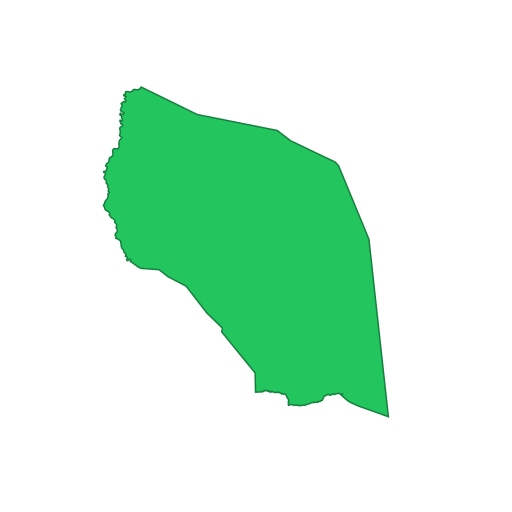 outline of Tepelmeme Villa de Morelos, Oaxaca, Mexico, rotated 297°
{"feature_id": "50627088B19513954267626", "entity_name": "Tepelmeme Villa de Morelos", "entity_type": "district", "adm_level": 2, "iso_a3": "MEX", "parent_name": "Mexico", "parent_adm1": "Oaxaca", "projection": "orthographic", "projection_center": [-97.312, 18.0], "detail": "fine", "context": "isolated", "style": "filled", "palette": "green", "viewbox_px": 512, "rotation_deg": 297, "n_neighbors": 0, "source": "geoboundaries", "source_scale": "gbopen_adm2", "svg_char_len": 5774}
<svg xmlns="http://www.w3.org/2000/svg" viewBox="0 0 512 512"><g transform="rotate(297 256 256)"><path d="M322.2,349.0L373.9,288.6L375.7,283.8L375.4,275.5L374.4,234.7L377.5,217.6L377.3,217.3L355.4,139.5L354.4,77.0L352.7,76.7L351.3,76.2L350.2,74.5L349.4,73.6L349.6,72.9L349.3,72.1L348.5,71.2L347.4,71.0L346.8,71.0L345.8,70.1L345.5,69.9L344.8,69.2L344.6,68.8L344.3,67.1L343.8,66.1L343.3,65.4L343.0,65.3L342.7,65.3L342.1,65.6L340.9,66.1L340.6,66.2L340.4,66.1L340.0,65.2L339.8,65.1L339.5,65.1L339.1,65.1L338.9,65.4L338.8,65.7L338.8,66.1L339.2,67.1L339.2,67.5L339.0,67.9L338.1,67.8L337.6,67.7L337.0,67.4L336.9,67.3L336.4,67.4L335.8,68.3L335.6,68.7L335.4,69.6L335.2,69.7L334.8,69.8L334.3,69.7L334.0,69.5L333.7,69.1L333.3,67.9L333.1,67.8L332.6,67.5L331.7,67.3L330.9,66.6L330.3,66.8L330.0,67.7L329.6,68.3L329.2,68.5L327.4,68.5L327.0,68.6L326.6,68.8L326.1,68.9L325.8,68.9L325.2,68.7L324.9,68.7L324.6,68.9L324.0,69.6L323.8,70.0L323.7,71.1L323.7,72.6L323.7,73.1L323.7,73.3L323.4,73.5L323.1,73.6L322.8,73.7L322.6,73.6L322.2,73.4L321.5,72.5L321.0,71.9L321.0,71.6L321.7,70.9L321.8,70.7L321.7,70.5L321.6,70.3L321.3,70.3L320.3,70.5L320.0,70.7L319.8,71.1L319.7,71.8L319.9,72.5L319.5,73.0L319.0,73.1L318.1,73.5L317.8,73.8L317.4,74.6L316.7,75.2L316.3,75.3L315.7,75.2L315.2,74.9L315.1,74.7L315.5,73.9L315.5,73.5L315.4,73.3L315.0,73.2L314.5,73.5L313.6,74.4L313.1,75.0L312.4,75.7L312.3,75.9L312.4,76.3L312.5,76.9L312.5,77.3L312.3,77.7L312.2,77.8L311.9,77.9L311.6,78.0L310.9,77.8L309.6,76.8L309.0,76.5L308.6,76.6L307.9,76.8L307.3,76.9L306.9,77.1L306.6,77.4L306.3,78.1L305.9,78.4L305.7,78.5L304.9,78.7L304.5,78.9L304.0,79.0L303.6,79.3L302.2,79.6L301.7,79.6L301.4,79.8L301.2,80.1L300.9,81.5L300.7,82.4L300.5,82.6L300.4,82.6L300.0,82.7L299.5,82.5L298.6,82.2L297.1,81.9L296.0,82.1L295.5,82.4L294.4,82.6L293.3,83.2L292.3,83.9L291.7,84.2L290.2,84.6L289.7,84.6L289.1,84.4L288.7,84.0L287.8,82.3L287.3,81.0L287.2,80.8L286.5,80.4L286.1,80.3L285.6,80.3L284.6,80.5L283.5,81.1L283.2,81.5L282.8,81.7L282.4,82.1L280.8,82.6L279.5,82.5L279.0,82.4L277.7,81.3L277.0,81.1L276.3,81.0L275.6,81.2L274.3,81.6L273.9,81.9L273.4,82.1L273.0,82.1L272.1,82.0L271.2,81.4L270.5,81.1L269.8,81.0L268.7,81.0L268.1,81.2L267.8,81.4L267.7,81.6L267.6,81.9L267.7,82.7L267.6,82.9L267.5,83.2L267.2,83.5L266.9,83.6L265.1,83.5L263.7,83.9L263.4,83.9L263.2,83.8L262.9,82.9L262.5,82.2L262.2,82.0L261.9,82.0L261.6,82.1L261.4,82.5L261.3,83.8L261.2,84.2L261.0,84.6L260.8,84.8L260.6,84.8L259.8,84.7L257.6,84.7L257.1,84.9L256.4,85.3L255.5,87.0L255.4,88.1L255.3,88.4L254.9,88.7L253.5,89.2L252.9,89.5L252.6,89.8L252.6,91.0L252.4,91.3L251.5,91.8L250.8,92.4L250.0,92.9L249.2,93.7L248.8,94.3L248.4,94.6L248.2,94.7L247.4,94.6L247.1,94.6L246.9,94.7L246.6,95.4L246.5,96.0L246.2,96.5L245.8,96.6L245.6,96.5L245.1,96.0L244.9,95.9L244.5,95.8L244.2,95.8L243.8,95.9L242.9,96.9L242.7,97.0L242.2,97.1L241.3,97.1L240.1,97.5L239.3,97.5L238.2,97.1L237.2,96.9L235.8,96.8L234.2,97.0L233.7,97.2L233.3,97.4L232.2,97.0L231.9,97.0L231.6,97.2L231.4,97.9L231.2,98.3L230.3,99.0L229.5,99.9L229.0,100.5L228.7,101.0L228.5,102.0L228.5,102.4L228.8,103.7L228.4,104.4L228.2,105.0L228.1,105.5L227.9,105.9L227.2,106.6L226.3,106.5L226.1,106.5L225.7,107.0L225.4,107.9L224.7,109.1L224.5,109.7L224.4,110.7L224.4,111.7L224.4,112.1L224.3,112.4L224.0,113.1L224.0,113.7L223.8,113.9L223.2,114.2L222.0,114.7L221.6,115.4L220.9,117.2L220.6,117.7L220.2,118.0L219.8,118.2L218.8,118.1L217.7,118.6L217.5,118.8L217.2,119.2L217.2,119.7L217.1,120.0L216.9,120.1L215.0,121.1L214.2,121.3L213.7,121.2L213.1,120.9L212.6,120.8L211.8,120.8L210.7,120.9L210.5,121.0L210.2,121.5L210.0,122.3L209.6,122.8L209.2,122.9L208.4,122.8L208.2,122.9L208.1,123.3L208.3,124.2L208.4,125.3L208.3,126.3L208.0,127.4L208.1,127.9L207.9,128.4L207.6,128.7L206.8,129.2L205.1,130.6L203.7,131.3L202.3,132.7L201.9,133.4L201.4,134.7L201.2,134.9L201.0,135.4L199.9,136.5L199.3,136.8L199.2,137.0L199.0,138.0L198.9,138.5L198.7,138.8L198.6,139.3L198.5,139.5L198.0,139.7L197.2,139.7L196.7,139.6L196.4,139.8L196.4,140.1L196.8,140.7L196.8,141.1L196.6,141.5L195.9,142.1L194.4,142.4L193.9,142.6L193.7,142.8L193.4,143.2L193.4,143.3L193.4,143.5L193.6,143.8L194.4,144.3L195.4,144.5L195.8,144.9L196.0,145.2L195.9,145.8L195.7,146.0L194.7,146.3L194.3,146.4L194.0,146.4L193.6,146.2L194.2,146.8L192.8,155.6L192.8,159.3L199.8,175.8L197.6,187.1L197.4,207.5L182.9,238.1L176.5,258.8L172.8,259.9L151.4,308.3L134.5,317.4L138.0,323.6L138.5,323.5L138.7,323.9L139.5,324.4L139.7,325.1L140.6,325.0L140.9,326.3L140.7,327.2L141.2,327.4L141.4,328.3L141.0,328.8L141.2,329.4L141.8,329.6L142.2,330.6L142.2,330.9L141.5,330.9L142.2,331.9L142.6,332.2L142.8,334.3L143.4,335.2L143.4,336.0L144.1,336.5L144.5,337.7L144.9,337.7L145.0,338.1L145.0,338.8L144.9,339.6L145.1,341.1L144.7,341.4L145.2,342.0L145.4,343.5L146.1,343.7L146.2,344.8L145.9,345.8L145.1,346.7L144.3,347.5L143.7,348.7L143.1,349.6L142.6,350.2L142.4,350.7L140.4,351.1L140.1,351.6L138.9,352.0L138.5,352.0L137.8,352.9L139.2,354.2L139.8,355.1L140.3,357.9L141.4,359.3L141.3,359.5L141.8,360.4L141.7,360.8L141.9,361.1L142.2,361.5L142.1,362.0L142.6,362.4L142.7,362.5L142.6,363.5L143.1,363.8L143.4,364.3L144.0,364.8L144.0,365.1L144.6,365.5L145.1,367.4L146.5,368.2L146.7,368.6L147.7,369.4L148.2,370.3L150.6,372.1L150.8,372.5L151.5,373.3L151.4,373.8L152.2,374.3L152.4,374.7L152.7,375.8L153.4,376.6L153.9,377.7L154.2,377.7L155.1,378.2L155.3,378.6L155.7,379.2L156.2,379.2L156.6,379.6L156.9,380.1L157.6,380.6L158.1,380.4L160.2,380.6L161.3,380.3L162.0,380.6L162.4,381.0L163.7,381.4L164.4,382.3L164.6,382.6L165.5,383.1L165.4,383.3L165.6,385.3L166.3,386.2L168.1,386.9L168.3,388.0L168.2,388.2L168.0,388.3L168.1,388.7L168.2,388.9L168.6,389.0L170.3,390.8L171.2,392.3L171.3,393.7L171.0,394.5L173.1,396.0L170.8,395.2L168.9,402.2L168.4,406.2L168.9,416.2L172.9,446.9L322.2,349.0Z" fill="#22c55e" stroke="#15803d" stroke-width="1.5"/></g></svg>